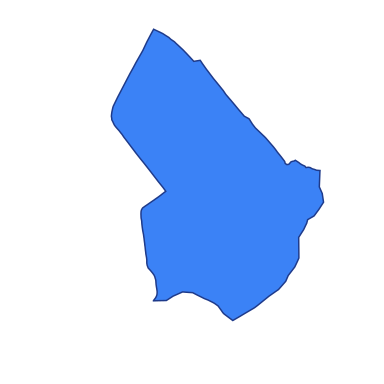 the district of Shubra Al-Khayma 2, Al Qalyubiyah, Egypt, rotated 127°
{"feature_id": "37247803B84983151070332", "entity_name": "Shubra Al-Khayma 2", "entity_type": "district", "adm_level": 2, "iso_a3": "EGY", "parent_name": "Egypt", "parent_adm1": "Al Qalyubiyah", "projection": "robinson", "projection_center": [31.287, 30.135], "detail": "fine", "context": "isolated", "style": "filled", "palette": "blue", "viewbox_px": 384, "rotation_deg": 127, "n_neighbors": 0, "source": "geoboundaries", "source_scale": "gbopen_adm2", "svg_char_len": 2498}
<svg xmlns="http://www.w3.org/2000/svg" viewBox="0 0 384 384"><g transform="rotate(127 192 192)"><path d="M302.1,157.3L298.5,152.8L296.0,149.6L294.1,147.2L291.7,146.3L286.5,144.4L284.7,143.4L281.3,141.5L277.5,139.4L274.3,134.4L272.0,130.9L271.2,126.1L270.1,120.3L269.7,118.0L268.6,114.1L267.6,108.5L267.4,106.8L267.3,102.6L269.1,96.8L269.8,94.8L270.1,93.1L270.1,88.5L270.1,86.0L270.1,82.1L268.7,81.5L262.3,78.8L257.1,76.7L248.0,72.9L246.7,72.4L243.2,71.4L233.2,68.9L228.8,67.8L217.7,64.2L209.7,63.6L206.9,63.4L200.8,64.9L190.1,64.8L184.2,66.0L180.4,66.9L176.6,69.8L172.2,73.2L164.0,79.5L154.8,80.2L150.5,81.1L147.9,81.6L144.5,83.0L137.6,80.1L129.3,80.2L128.0,80.3L121.0,80.8L114.8,87.1L111.3,93.4L98.9,102.0L97.8,102.7L99.7,105.7L100.2,107.6L101.1,109.9L101.4,112.4L102.3,114.1L103.9,115.7L103.4,117.5L103.8,119.1L104.1,120.7L104.3,122.6L104.2,124.4L104.3,125.9L104.4,127.3L104.5,128.6L105.8,129.1L107.4,130.5L108.7,131.2L111.0,131.2L112.2,131.8L113.1,133.0L113.0,134.9L111.8,136.4L110.3,141.7L108.7,148.1L107.8,150.9L107.0,153.9L104.4,165.9L103.5,173.3L102.7,180.0L101.4,184.7L99.2,190.4L100.0,195.9L98.1,204.5L96.2,212.5L93.7,223.8L92.2,228.1L90.3,235.7L88.5,243.1L85.3,254.4L83.1,261.3L82.7,262.3L81.9,264.7L86.6,269.2L86.2,271.2L85.0,277.9L83.9,284.6L82.9,294.4L82.6,296.3L82.8,300.9L82.5,303.5L82.8,306.6L83.1,310.8L85.1,320.6L90.5,319.8L99.1,318.4L108.8,316.4L122.7,314.6L127.6,313.8L134.8,312.8L139.0,312.1L149.8,310.3L161.2,308.4L170.9,306.5L172.5,305.9L176.2,304.2L178.0,303.2L180.0,302.0L180.4,301.6L181.4,300.5L182.6,299.5L183.5,297.6L184.7,295.4L185.4,293.9L186.0,291.6L186.4,289.7L186.9,287.1L187.7,284.3L188.0,282.9L189.3,279.1L190.7,274.0L192.8,266.7L194.8,259.7L196.7,252.4L197.7,248.3L199.9,240.0L204.1,224.8L205.8,218.0L207.2,213.4L215.9,215.8L228.8,220.0L231.4,220.9L234.3,221.8L235.3,221.8L235.7,221.7L237.0,221.5L238.3,220.9L240.2,219.6L242.2,218.0L243.5,216.9L244.7,215.5L245.8,214.4L247.0,213.4L247.9,212.6L250.0,210.6L251.1,209.5L252.2,208.4L253.4,207.1L255.1,205.2L258.1,202.2L259.6,200.8L261.5,198.9L262.5,198.0L264.2,196.3L265.4,195.2L266.9,193.8L267.8,192.9L269.4,191.4L271.6,189.0L271.9,188.7L272.3,188.3L273.6,187.1L274.7,186.3L276.1,185.2L277.5,183.7L279.1,181.2L279.5,178.9L279.8,177.4L280.5,174.5L281.3,172.1L282.1,170.7L283.1,169.4L283.8,168.4L284.6,167.5L285.9,166.4L287.5,165.0L288.9,163.6L290.7,161.7L292.3,160.1L293.6,159.1L295.1,158.2L296.6,157.7L298.5,157.4L299.5,157.4L302.0,157.4L302.1,157.3Z" fill="#3b82f6" stroke="#1e3a8a" stroke-width="1.5"/></g></svg>